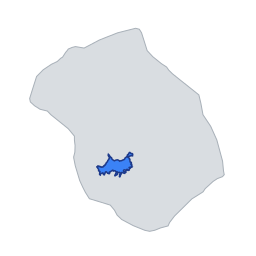 Litsoetse, Thaba-Tseka, Lesotho (highlighted), rotated 97°
{"feature_id": "5366337B64574994028715", "entity_name": "Litsoetse", "entity_type": "district", "adm_level": 2, "iso_a3": "LSO", "parent_name": "Lesotho", "parent_adm1": "Thaba-Tseka", "projection": "mercator", "projection_center": [28.676, -29.707], "detail": "fine", "context": "in_parent", "style": "filled", "palette": "blue", "viewbox_px": 256, "rotation_deg": 97, "n_neighbors": 0, "source": "geoboundaries", "source_scale": "gbopen_adm2", "svg_char_len": 6030}
<svg xmlns="http://www.w3.org/2000/svg" viewBox="0 0 256 256"><g transform="rotate(97 128 128)"><path d="M172.0,175.7L164.4,178.2L163.3,178.4L158.4,177.8L151.8,178.4L146.6,179.7L142.6,180.2L136.0,187.2L124.2,206.2L121.0,210.1L120.1,217.6L117.3,223.5L114.0,228.1L110.7,229.2L100.7,227.4L88.0,225.0L80.6,219.3L74.1,211.8L70.6,206.3L67.0,203.3L65.7,201.6L60.5,199.1L58.6,197.8L56.9,196.9L54.8,193.2L53.6,190.1L54.0,181.3L50.4,176.1L44.2,167.2L40.2,159.9L34.8,149.9L31.5,141.4L28.1,132.6L28.6,128.8L31.8,126.2L41.4,121.8L48.9,118.4L54.2,112.1L60.0,102.8L62.8,97.1L65.6,94.6L68.7,90.6L74.1,81.9L80.1,72.1L86.5,61.7L94.6,58.7L105.7,55.2L116.3,46.1L129.0,38.4L149.4,30.1L158.9,28.0L162.6,26.8L164.8,28.3L167.3,33.1L170.7,37.1L178.8,44.0L182.2,45.7L190.6,56.0L199.5,63.0L209.7,71.1L216.7,75.2L220.3,76.3L223.2,83.5L226.2,88.9L227.9,93.9L227.5,98.8L224.3,110.8L219.6,123.1L215.8,128.2L211.2,131.4L206.7,136.2L204.9,146.1L202.9,157.7L197.0,162.5L192.4,165.6L186.1,169.5L172.0,175.7Z" fill="#d9dde1" stroke="#a8b0b8" stroke-width="1"/><path d="M156.6,144.3L157.3,144.4L157.8,144.2L158.4,143.8L158.7,143.7L158.8,143.4L159.1,143.2L159.4,143.0L159.5,142.9L159.8,142.9L159.8,142.7L160.1,142.6L160.2,142.8L160.3,142.8L160.9,143.0L161.0,143.2L161.2,143.4L161.3,143.4L161.5,143.3L161.8,143.4L162.0,143.6L162.7,144.1L163.0,144.1L163.7,144.3L163.9,144.4L164.1,144.4L164.2,144.5L164.5,144.8L164.8,145.0L165.1,145.3L165.3,145.3L165.5,145.4L166.1,145.4L166.3,145.6L166.4,145.8L166.5,145.9L166.8,145.8L167.0,145.9L167.1,146.1L167.4,146.2L167.5,146.2L167.6,146.3L167.6,146.5L167.8,146.7L168.0,146.5L168.4,146.8L168.4,147.0L168.5,147.0L168.7,147.5L168.8,147.5L169.3,147.8L169.5,147.9L169.4,148.1L169.6,148.3L169.9,148.5L170.0,148.7L170.0,148.9L169.9,149.1L170.1,149.3L170.0,149.5L170.1,149.8L169.9,149.9L169.8,150.1L169.8,150.4L170.0,150.9L169.8,151.2L169.6,151.3L169.7,151.5L169.5,151.9L169.4,152.2L169.3,152.4L169.3,152.6L169.5,153.0L169.4,153.2L169.4,153.3L169.5,153.3L169.7,153.2L169.8,152.9L170.2,153.0L170.3,153.4L170.2,153.8L170.2,154.1L170.3,154.2L170.6,154.1L170.7,153.6L170.9,153.4L171.1,153.3L171.3,153.3L171.4,153.2L171.9,152.9L172.1,152.7L172.4,152.3L172.7,152.1L173.7,151.9L173.9,152.0L174.0,152.0L174.1,151.8L174.2,151.4L174.3,151.4L174.5,151.2L174.5,150.8L174.6,150.6L174.9,150.7L175.1,150.6L176.3,150.7L176.7,150.4L177.0,150.5L177.7,150.5L177.8,150.3L177.8,150.2L178.0,149.7L177.8,149.7L177.2,149.9L176.9,149.9L176.6,149.8L176.4,149.4L176.4,148.9L176.3,148.7L175.9,148.0L175.7,147.9L175.6,147.7L175.8,147.3L176.0,147.2L176.0,146.8L176.2,146.6L176.3,146.6L177.0,146.8L177.2,146.6L177.1,146.1L177.2,145.9L177.3,145.9L177.3,145.7L176.9,145.6L176.1,145.6L175.9,145.4L175.7,145.4L175.3,145.1L175.0,145.1L174.8,145.2L174.6,145.1L174.3,144.9L174.2,144.7L174.2,144.4L174.1,144.1L174.5,143.7L175.0,143.1L175.4,142.8L175.5,142.2L175.3,142.0L175.3,141.5L175.4,141.4L175.6,141.3L175.7,141.2L175.4,140.8L175.1,140.8L174.9,141.0L174.7,141.1L173.9,141.0L173.9,140.9L173.8,140.5L173.7,140.1L173.4,140.0L173.1,139.7L172.8,139.4L172.5,138.8L172.3,138.7L172.2,138.7L171.8,138.2L171.7,138.1L171.7,137.8L172.3,137.5L172.3,137.3L172.5,137.1L172.3,136.6L172.1,136.4L172.1,135.9L172.2,135.3L172.7,134.9L172.8,134.7L172.7,133.6L172.9,133.3L173.1,133.2L173.5,133.3L173.7,133.5L174.2,134.5L174.5,134.7L175.3,134.7L175.5,134.7L175.9,135.0L176.4,135.3L176.8,135.3L177.0,135.2L177.0,134.9L176.9,134.8L176.6,134.7L175.9,133.4L175.3,133.0L174.9,132.7L174.1,132.8L173.9,132.7L173.4,132.3L173.1,131.6L173.0,131.2L173.2,130.8L173.4,130.6L174.3,130.1L174.5,130.1L174.9,130.3L175.0,130.6L175.3,130.6L175.7,130.3L175.9,130.3L176.5,130.5L176.8,130.7L177.3,130.6L177.4,130.4L177.5,130.2L177.2,129.9L176.6,129.9L176.3,129.9L175.7,129.7L175.0,129.3L173.5,129.1L173.3,129.1L173.2,129.2L172.9,128.9L172.9,128.3L173.3,127.3L173.3,126.0L173.4,125.7L173.0,125.5L172.6,125.2L172.4,124.9L172.3,124.7L172.1,124.7L172.0,124.9L171.7,126.0L171.7,126.4L171.8,126.8L171.6,127.1L171.3,127.2L171.1,127.2L170.8,127.3L170.6,127.2L170.3,127.1L170.1,126.8L169.9,126.2L170.0,125.6L170.6,124.9L170.7,124.7L170.3,124.5L170.0,124.2L169.7,124.2L169.6,124.3L169.4,124.2L169.2,124.1L169.1,123.8L169.1,123.7L169.4,123.3L169.5,123.2L169.9,123.3L170.0,123.2L170.1,122.9L170.1,122.6L169.8,122.2L169.5,121.9L169.5,121.7L169.0,121.8L168.6,121.7L168.2,121.4L168.0,121.1L167.9,121.0L167.4,120.8L167.3,120.7L167.1,120.8L167.1,121.3L167.2,121.6L167.2,121.8L167.1,122.0L166.9,121.9L166.8,121.5L166.8,121.2L166.5,120.4L166.4,120.0L166.5,119.6L166.4,119.4L166.2,119.5L166.0,119.8L165.9,119.8L165.8,119.7L165.8,119.8L165.7,119.9L165.4,119.9L165.3,119.7L165.1,119.7L164.9,119.7L164.7,119.6L164.3,119.6L164.3,119.8L164.2,119.8L163.9,120.1L163.8,120.3L163.6,120.3L163.4,120.4L163.4,120.5L163.2,120.4L163.1,120.5L163.0,120.4L162.6,120.6L162.7,120.4L162.5,120.6L162.3,120.4L162.2,120.5L161.9,120.6L161.7,120.6L161.6,120.8L161.5,121.1L161.5,121.5L161.4,121.8L160.8,121.9L160.4,122.1L159.1,122.3L158.8,122.3L158.7,122.4L158.7,122.7L158.7,122.8L158.1,122.9L157.7,123.3L157.5,123.7L157.2,124.0L157.1,124.6L156.8,125.0L156.7,125.0L156.5,124.9L156.3,124.5L156.2,124.4L156.3,123.9L156.2,123.7L156.0,123.3L155.7,123.1L155.7,122.6L155.5,122.3L155.4,122.2L155.2,121.9L155.0,121.6L154.9,121.5L155.1,121.3L155.1,121.2L155.2,120.4L155.1,120.2L154.7,120.4L154.2,120.0L153.8,120.1L153.3,120.2L153.1,120.4L152.9,120.6L152.8,122.2L152.4,122.7L152.1,122.9L152.1,123.6L152.4,123.8L152.6,123.8L153.3,124.2L153.6,124.3L153.9,124.4L154.2,124.7L154.4,124.6L154.5,124.7L154.7,125.2L154.8,125.3L155.3,125.4L155.7,125.3L156.4,125.5L156.5,125.7L157.4,126.4L157.5,126.7L157.8,127.1L159.3,127.6L159.5,127.9L159.9,128.1L160.1,128.4L160.1,128.5L160.2,128.9L160.5,129.4L161.1,130.2L161.2,130.6L161.4,130.9L161.5,131.7L161.9,132.3L161.5,132.7L161.4,133.0L161.2,133.6L160.9,134.1L160.9,134.5L161.0,135.1L161.4,136.2L161.6,136.6L162.0,137.1L162.2,137.4L162.2,137.7L161.0,140.0L160.6,140.2L159.8,140.5L159.5,140.8L159.2,141.3L158.7,142.1L157.6,143.1L157.1,143.4L156.8,144.0L156.7,144.2L156.6,144.3Z" fill="#3b82f6" stroke="#1e3a8a" stroke-width="1.5"/></g></svg>